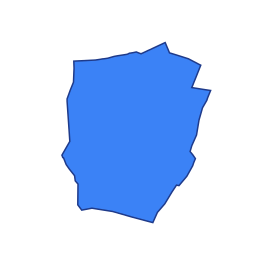 Nomgon, Ömnögovi, Mongolia (orthographic projection), rotated 200°
{"feature_id": "93677404B86751370010695", "entity_name": "Nomgon", "entity_type": "district", "adm_level": 2, "iso_a3": "MNG", "parent_name": "Mongolia", "parent_adm1": "Ömnögovi", "projection": "orthographic", "projection_center": [105.179, 42.406], "detail": "fine", "context": "isolated", "style": "filled", "palette": "blue", "viewbox_px": 256, "rotation_deg": 200, "n_neighbors": 0, "source": "geoboundaries", "source_scale": "gbopen_adm2", "svg_char_len": 1547}
<svg xmlns="http://www.w3.org/2000/svg" viewBox="0 0 256 256"><g transform="rotate(200 128 128)"><path d="M143.4,35.0L134.5,40.3L129.3,41.3L113.9,44.3L93.5,45.7L72.3,47.6L71.5,58.8L67.5,69.3L64.8,83.0L62.9,90.9L60.4,91.3L56.2,102.8L54.3,114.6L54.4,117.8L54.2,122.3L58.0,125.0L61.6,127.1L62.0,133.2L61.2,144.8L64.0,159.8L64.9,172.5L63.4,180.9L63.5,183.6L63.2,191.5L68.1,190.5L69.6,190.2L73.1,189.5L77.8,188.6L79.2,188.3L79.4,188.3L81.9,187.8L81.8,189.4L81.8,189.6L81.7,193.8L81.5,198.8L81.3,205.7L81.1,211.9L83.0,212.1L87.2,212.7L88.2,212.8L94.9,213.7L97.4,213.6L102.4,213.4L107.0,213.2L111.0,213.0L114.7,212.8L118.7,217.1L122.0,220.7L122.3,221.0L123.5,219.8L125.8,217.5L128.8,214.5L129.6,213.7L134.6,208.7L135.0,208.3L135.3,208.0L136.2,207.2L136.3,207.0L139.4,203.9L140.3,203.0L140.8,202.6L141.1,202.2L143.8,202.2L146.2,202.3L148.4,200.9L148.9,200.6L149.4,200.3L150.0,200.0L150.6,199.6L152.2,198.8L152.7,198.3L153.0,197.9L154.0,197.0L157.2,195.2L162.5,192.3L164.9,190.9L165.7,190.4L167.8,188.9L170.8,186.7L174.3,184.8L175.8,184.1L177.3,183.2L181.9,180.7L188.5,177.9L191.8,176.5L196.1,174.7L199.0,173.5L201.8,172.3L199.1,165.6L194.9,152.4L195.2,143.9L195.2,134.5L194.3,132.1L182.1,104.6L178.1,95.5L180.8,80.0L180.7,79.9L180.7,79.7L180.4,79.5L180.3,79.4L180.2,79.3L180.2,79.2L180.0,78.9L179.9,78.8L179.8,78.7L179.7,78.5L179.6,78.4L179.4,78.2L179.2,78.0L179.1,77.9L178.9,77.9L178.6,77.8L178.4,77.9L178.2,77.7L173.6,72.5L169.2,69.4L161.9,64.9L159.5,60.3L155.8,58.2L148.9,38.6L143.4,35.0Z" fill="#3b82f6" stroke="#1e3a8a" stroke-width="1.5"/></g></svg>